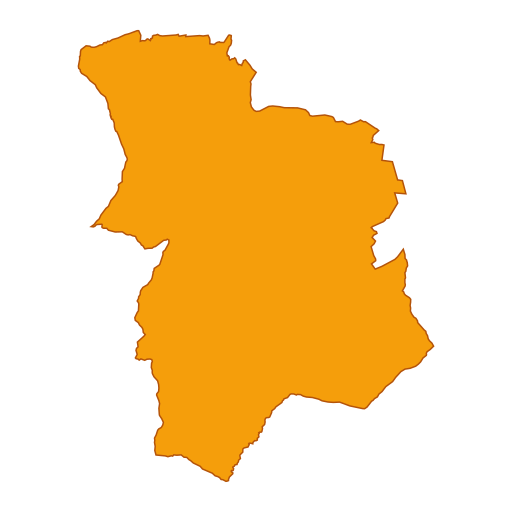 Cislau, Buzau, Romania
{"feature_id": "2599482B87783009724517", "entity_name": "Cislau", "entity_type": "district", "adm_level": 2, "iso_a3": "ROU", "parent_name": "Romania", "parent_adm1": "Buzau", "projection": "orthographic", "projection_center": [26.377, 45.21], "detail": "fine", "context": "isolated", "style": "filled", "palette": "amber", "viewbox_px": 512, "rotation_deg": 0, "n_neighbors": 0, "source": "geoboundaries", "source_scale": "gbopen_adm2", "svg_char_len": 5997}
<svg xmlns="http://www.w3.org/2000/svg" viewBox="0 0 512 512"><path d="M362.7,408.6L364.6,408.7L367.0,407.1L371.6,401.2L373.0,400.4L374.5,398.6L377.4,396.9L378.9,394.1L382.0,391.6L385.8,386.6L392.6,381.6L395.6,377.4L400.9,371.6L405.0,369.1L410.1,368.3L415.7,366.2L418.4,364.1L420.6,361.9L423.0,358.0L426.3,355.4L426.5,354.8L426.3,353.3L427.0,351.8L430.3,349.4L433.6,346.2L431.9,343.1L429.5,340.8L428.2,338.8L427.5,335.6L426.2,333.5L425.8,331.3L424.1,329.9L417.7,322.6L417.5,320.9L416.6,319.4L415.9,318.3L414.0,317.2L411.9,314.3L410.4,311.1L410.6,308.0L410.1,305.4L410.6,302.3L410.7,299.3L409.4,297.7L405.5,295.2L404.3,293.8L403.7,291.9L402.4,290.9L405.1,286.1L405.3,284.7L404.9,282.8L404.9,279.0L405.5,277.9L404.9,272.6L405.8,271.3L406.3,268.0L407.6,265.9L407.2,262.1L406.8,261.6L406.6,260.1L405.1,258.5L404.9,254.5L403.3,249.2L397.6,256.8L394.9,259.4L381.8,266.4L375.2,269.1L371.5,263.9L375.7,260.7L375.6,259.0L373.7,255.5L371.1,246.6L374.1,243.8L375.5,241.1L372.1,237.5L373.6,235.2L377.0,233.4L376.4,231.6L374.1,230.8L372.0,228.5L372.1,228.3L371.2,227.7L372.3,226.6L383.5,221.6L385.2,220.1L386.0,218.6L389.0,218.0L389.5,216.6L397.7,203.1L394.7,192.9L405.9,193.8L402.4,180.6L397.6,179.9L392.4,161.7L381.9,160.3L384.0,145.0L382.0,144.5L379.3,144.5L375.1,143.2L374.4,142.3L371.3,142.6L372.8,139.6L372.3,138.0L372.9,137.0L373.3,135.4L378.7,130.6L376.7,128.8L375.2,128.2L365.5,121.7L363.5,121.7L360.4,120.0L358.5,121.2L350.2,124.3L347.3,124.2L342.6,121.3L338.0,121.8L335.5,121.6L333.4,117.5L331.9,116.6L328.1,115.7L324.8,115.0L312.4,116.2L309.8,115.5L308.5,112.6L305.5,109.8L297.6,107.9L284.3,107.7L279.6,106.7L272.7,106.0L268.7,106.4L259.6,111.1L256.1,111.4L253.9,110.2L251.4,106.9L250.3,102.6L251.1,99.7L250.4,95.0L250.7,86.2L251.0,84.0L250.3,81.7L256.2,72.3L252.2,68.9L250.0,65.3L245.4,59.8L243.3,60.9L243.2,62.5L242.3,63.4L241.7,65.5L239.7,64.5L238.4,64.6L237.6,63.0L237.0,62.7L235.8,59.0L234.7,57.8L233.6,58.7L231.9,58.9L230.1,60.1L229.6,59.9L229.1,58.4L229.3,57.2L228.3,55.7L227.4,55.9L226.8,52.9L229.0,46.8L230.7,45.0L231.3,43.2L231.6,40.3L231.0,39.1L231.3,35.7L231.0,35.4L229.2,35.0L228.6,35.3L224.2,42.1L223.6,42.5L219.9,42.4L219.6,41.9L218.1,42.1L216.5,42.7L214.3,44.5L209.8,43.8L209.9,40.2L209.5,38.2L208.1,35.3L203.1,36.0L199.6,35.6L185.7,36.6L185.9,35.0L179.1,36.2L178.2,34.4L176.1,35.0L162.5,36.0L159.7,35.6L157.6,34.4L155.8,35.1L153.5,35.4L152.5,36.1L152.4,38.0L150.8,38.6L150.9,39.5L150.3,40.6L148.6,39.3L147.4,38.9L146.6,39.3L145.6,40.5L144.7,40.8L142.3,40.6L140.3,41.3L140.8,35.3L138.7,30.7L137.1,30.7L128.4,33.9L125.1,34.7L118.0,38.0L112.3,39.6L109.2,41.6L107.8,41.2L106.2,42.9L105.8,42.4L103.8,42.8L102.4,44.7L99.9,45.0L96.5,46.7L94.2,47.3L91.4,47.2L89.9,46.2L86.1,45.8L81.1,49.6L80.5,51.5L80.3,55.9L79.6,56.4L79.7,59.2L78.4,66.1L78.7,68.3L80.2,69.6L80.3,71.2L81.6,73.3L86.8,76.5L90.0,80.6L95.3,84.7L96.7,87.8L100.9,93.5L105.4,96.9L107.9,103.4L108.4,108.8L109.4,109.6L110.4,113.8L110.1,114.9L110.4,115.7L110.9,116.0L111.1,116.7L110.7,116.8L111.1,118.1L111.8,119.3L112.7,119.3L114.2,122.8L114.4,126.9L115.0,129.3L115.8,131.2L116.8,131.6L118.5,135.2L121.5,144.0L123.8,148.9L125.2,154.4L127.0,157.8L127.3,159.2L126.9,160.7L125.8,162.1L124.5,168.3L122.4,171.6L122.1,179.3L122.3,181.6L118.8,184.2L118.3,185.2L118.8,186.9L118.1,190.5L116.4,193.6L115.2,195.6L110.9,200.5L108.4,206.4L106.0,208.3L100.9,215.1L99.3,218.8L96.6,221.2L94.1,224.5L91.2,226.6L93.3,226.9L94.9,226.3L95.9,225.1L97.2,224.5L101.8,224.2L102.2,224.7L101.9,227.0L102.1,227.5L103.3,228.2L106.8,228.3L108.4,230.2L115.2,232.0L122.3,231.8L126.3,234.5L128.1,234.9L130.1,234.6L132.6,235.8L135.1,236.3L135.8,236.9L136.3,238.4L137.8,241.0L140.3,243.0L141.4,245.0L142.8,245.7L144.9,248.9L148.0,248.3L152.1,248.2L153.6,247.0L155.5,246.5L163.7,240.3L166.3,240.0L167.2,239.2L168.9,240.0L168.9,242.7L168.4,244.0L165.0,250.2L163.4,251.4L162.9,252.4L163.0,254.7L159.8,264.3L159.0,265.2L154.2,268.4L153.9,270.8L153.1,271.9L153.1,273.2L152.1,278.0L151.3,279.9L148.3,283.5L147.9,284.5L142.9,287.4L140.7,290.7L140.3,292.2L140.2,294.5L138.6,296.9L138.6,298.3L137.2,301.0L138.5,302.8L138.8,304.1L138.4,310.9L137.2,312.5L134.8,317.7L135.3,320.4L138.3,322.6L139.5,325.0L142.0,327.5L142.9,329.3L143.3,332.5L145.2,334.5L144.1,336.0L137.4,342.1L138.1,346.8L136.5,348.4L136.0,350.4L137.2,354.4L135.4,357.9L136.1,358.7L138.0,359.1L139.2,360.1L140.9,358.9L144.7,360.3L147.0,359.2L150.0,359.0L151.8,359.6L152.3,361.6L151.6,363.1L151.3,367.5L152.3,370.3L152.2,372.2L152.4,373.6L154.0,376.8L157.6,380.8L158.6,384.5L158.9,388.0L158.6,391.5L156.8,393.8L156.6,395.0L158.9,400.7L159.6,403.6L158.9,408.3L159.3,414.3L159.5,415.4L161.7,418.7L163.4,422.3L162.8,424.9L161.7,426.9L161.0,427.7L158.9,428.8L157.7,430.2L156.1,435.1L154.5,438.1L154.8,440.3L154.5,442.5L155.2,446.3L154.8,450.5L156.0,455.0L165.3,455.9L167.9,456.7L171.3,455.8L172.7,456.1L173.7,454.9L176.8,455.2L181.2,454.9L184.0,457.2L186.8,457.4L188.9,459.6L190.6,460.6L193.3,463.0L200.2,466.3L202.5,469.0L212.3,473.2L215.1,475.8L217.8,476.6L219.6,477.6L221.1,479.5L222.9,479.7L225.9,481.3L226.9,481.2L228.5,480.6L228.5,479.4L229.4,477.0L232.8,473.7L232.7,472.6L231.5,472.0L231.2,471.2L231.5,470.5L232.8,470.6L233.3,470.2L233.6,468.6L232.8,467.5L232.9,466.9L234.3,466.2L235.0,464.8L237.0,464.5L237.3,463.2L238.4,461.8L238.6,460.2L240.4,458.6L239.8,455.5L240.0,454.9L242.8,452.1L242.8,449.5L243.1,448.7L244.2,447.9L248.0,447.0L249.2,444.6L248.7,443.9L249.2,443.2L250.6,443.2L252.8,443.8L252.9,442.5L254.7,440.6L255.9,440.8L257.3,440.1L257.3,438.3L258.9,436.9L258.5,434.6L259.2,433.4L258.8,432.7L259.8,432.1L261.1,432.2L261.8,431.7L262.5,428.7L262.2,426.8L264.6,424.5L265.1,422.0L264.9,420.0L265.4,418.6L266.3,417.7L268.7,417.5L269.7,417.0L271.6,412.7L271.8,410.8L274.7,408.6L275.8,406.9L281.9,402.5L282.4,400.9L283.5,400.0L284.0,398.8L287.5,397.6L290.1,394.3L291.4,393.9L293.9,394.0L296.4,395.0L297.3,394.4L300.6,394.6L303.2,396.1L306.4,397.0L312.4,397.5L318.8,399.2L322.0,400.8L327.9,402.0L333.3,402.4L339.6,402.1L349.8,405.9L362.7,408.6Z" fill="#f59e0b" stroke="#b45309" stroke-width="1.5"/></svg>